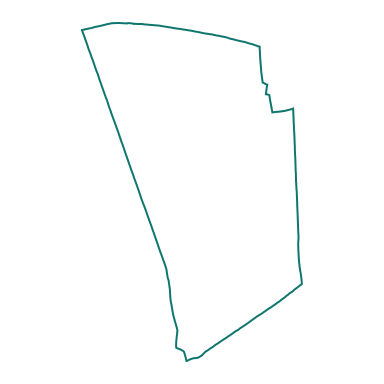 Bang Khae, Bangkok Metropolis, Thailand
{"feature_id": "78962969B64329347166789", "entity_name": "Bang Khae", "entity_type": "district", "adm_level": 2, "iso_a3": "THA", "parent_name": "Thailand", "parent_adm1": "Bangkok Metropolis", "projection": "equal_earth", "projection_center": [100.397, 13.711], "detail": "fine", "context": "isolated", "style": "outline", "palette": "teal", "viewbox_px": 384, "rotation_deg": 0, "n_neighbors": 0, "source": "geoboundaries", "source_scale": "gbopen_adm2", "svg_char_len": 5604}
<svg xmlns="http://www.w3.org/2000/svg" viewBox="0 0 384 384"><path d="M301.9,283.9L301.7,281.5L301.6,280.2L301.2,276.8L300.9,274.8L300.8,273.8L300.7,273.3L300.6,272.9L300.5,272.0L300.2,271.0L300.1,269.9L299.7,267.3L299.6,266.5L299.1,262.1L298.9,259.4L298.8,258.8L298.6,254.5L298.4,250.7L298.3,248.7L298.3,247.2L298.2,244.8L298.2,243.0L298.3,241.5L298.5,239.1L298.5,237.7L298.5,236.2L298.2,230.9L298.2,230.5L297.8,220.2L297.7,216.4L297.6,214.0L297.4,209.8L297.3,206.6L297.2,206.2L297.2,203.0L297.1,202.2L297.1,200.8L297.0,197.7L296.9,197.0L296.9,196.4L296.8,193.4L296.8,192.5L296.7,191.0L296.5,189.7L296.4,187.0L296.3,186.0L296.2,183.7L296.2,182.4L296.0,181.7L296.0,179.2L295.9,175.8L295.9,175.3L295.9,174.6L295.9,173.8L295.8,172.3L295.6,170.0L295.6,168.0L295.5,164.9L295.5,164.7L295.4,162.4L295.4,161.4L295.2,156.4L295.0,152.8L295.0,152.6L294.9,150.8L294.8,147.6L294.8,144.7L294.7,144.5L294.6,141.8L294.5,138.6L294.3,133.8L294.2,131.5L294.1,130.9L294.1,130.2L293.9,127.0L293.9,125.2L293.7,122.9L293.6,120.7L293.6,120.3L293.6,119.7L293.5,116.4L293.4,114.6L293.3,113.0L293.3,112.2L293.3,111.7L293.2,110.8L293.2,110.4L293.2,110.2L293.2,109.7L293.2,109.1L293.1,108.7L293.0,108.8L287.9,110.1L285.1,110.8L284.5,110.9L280.7,111.5L279.4,111.6L278.1,111.8L276.6,111.8L274.4,112.2L274.1,112.1L272.4,112.4L270.2,100.7L269.3,95.1L268.3,94.7L266.6,94.3L265.9,94.2L266.3,90.9L266.5,89.4L267.1,85.1L267.1,84.9L267.2,84.6L266.5,84.4L266.3,84.3L265.2,83.9L264.4,83.3L263.6,82.9L262.7,82.6L262.1,78.2L262.0,77.9L261.8,76.2L261.8,75.7L261.7,75.6L261.6,74.5L261.6,74.0L261.3,72.7L261.2,71.7L261.2,70.9L261.2,70.5L261.1,69.1L260.7,64.6L260.6,63.5L260.1,57.2L260.1,56.4L260.0,54.0L259.9,52.6L259.8,50.0L259.6,48.6L259.6,47.6L259.7,46.6L258.2,46.3L256.9,45.8L256.6,45.7L256.2,45.6L254.7,45.0L254.3,44.9L252.5,44.3L248.4,43.2L245.2,42.1L243.3,41.7L242.0,41.5L239.1,40.8L235.9,40.1L235.6,40.0L234.8,39.7L233.9,39.5L233.7,39.4L231.7,39.0L230.6,38.8L227.5,37.7L226.9,37.5L226.2,37.4L225.4,37.1L224.0,36.8L223.9,36.8L223.0,36.6L222.9,36.7L221.8,36.5L219.0,35.8L218.9,35.8L218.2,35.7L217.6,35.6L216.7,35.5L215.6,35.2L214.1,35.0L212.0,34.4L210.9,34.3L205.4,33.5L202.5,33.0L200.5,32.5L197.5,31.9L196.2,31.7L193.9,31.3L193.7,31.2L190.6,30.6L187.7,30.2L186.2,29.9L182.6,29.4L179.8,28.9L177.3,28.6L177.2,28.6L176.0,28.4L175.9,28.4L172.3,27.8L172.2,27.8L170.7,27.5L169.9,27.4L168.4,27.1L168.2,27.1L165.2,26.6L163.7,26.4L159.0,25.6L151.7,25.0L150.6,24.9L149.3,24.8L149.1,24.8L148.4,24.7L145.7,24.5L144.0,24.4L143.8,24.3L142.2,24.0L138.3,24.0L135.9,23.9L134.1,23.8L133.6,23.9L133.5,23.7L133.3,23.6L130.2,23.2L128.0,23.1L127.7,23.2L127.5,23.4L127.0,23.4L126.0,23.3L124.4,23.3L121.3,23.1L119.0,23.0L114.6,23.1L113.9,23.2L112.7,23.1L112.4,23.2L112.0,23.3L110.7,23.4L110.5,23.5L110.2,23.6L107.0,24.2L103.7,25.1L103.4,25.1L100.8,25.8L100.7,25.8L100.3,25.9L99.8,26.0L95.8,26.8L95.7,26.8L93.7,27.3L93.3,27.5L93.1,27.6L91.5,28.0L87.5,28.8L83.1,29.8L82.3,30.0L82.1,30.0L82.1,30.4L82.2,30.8L84.1,35.9L85.7,40.5L85.8,40.6L87.6,46.0L87.8,46.4L88.6,49.1L90.6,54.2L91.1,56.0L93.1,61.1L95.4,68.0L96.7,71.6L97.1,72.4L98.0,74.8L99.4,79.2L99.9,80.7L101.7,85.7L101.8,86.1L104.8,94.6L105.9,97.6L106.0,98.0L106.8,99.8L109.4,107.9L111.0,112.0L111.4,113.6L113.4,118.9L114.6,122.2L116.4,127.0L116.6,127.7L118.2,132.0L119.0,134.6L119.2,134.9L119.9,137.4L120.1,137.7L121.0,140.6L121.4,141.5L121.7,142.5L122.3,143.9L122.5,144.4L125.8,154.2L128.4,161.5L128.8,162.9L130.1,166.4L131.0,169.1L131.9,171.5L132.6,173.5L133.1,174.7L134.0,177.7L135.5,181.6L139.0,191.5L139.1,191.8L140.3,195.5L140.9,197.4L141.7,199.5L142.5,201.8L143.0,203.2L144.1,205.8L144.5,206.9L144.6,207.2L145.5,209.6L146.4,212.1L147.5,215.4L149.8,221.8L151.1,225.4L152.3,228.7L153.1,231.2L153.8,232.9L155.5,238.0L156.4,240.4L156.9,241.9L158.8,247.6L160.5,252.5L161.1,253.9L162.0,256.4L163.1,259.6L164.1,262.2L165.7,267.0L165.9,267.7L166.1,268.4L166.4,269.3L166.7,271.2L166.9,272.8L167.0,273.6L167.5,276.5L167.6,277.1L167.7,277.8L167.8,278.1L168.2,279.2L168.6,280.3L168.6,280.5L169.0,283.3L169.9,289.7L169.9,290.3L170.1,293.2L170.2,295.9L170.3,297.4L170.4,297.9L170.5,299.2L170.7,300.7L170.9,301.8L171.5,305.1L173.0,313.8L173.3,315.0L173.8,317.3L174.3,318.8L174.8,320.9L175.6,323.6L176.1,325.2L177.3,329.7L177.3,329.9L177.4,330.1L177.4,330.5L177.4,330.9L177.2,332.4L177.1,333.7L176.6,337.8L176.3,341.0L176.2,342.0L176.2,342.7L176.1,344.7L176.2,347.7L177.3,348.3L179.3,349.1L179.6,349.2L180.9,349.7L182.9,350.8L183.7,351.5L184.1,352.1L184.5,353.4L185.2,355.9L185.6,357.3L186.5,361.0L187.0,360.9L187.8,360.6L188.2,360.3L188.5,360.1L190.0,359.4L193.2,358.3L194.1,358.2L194.3,358.2L194.7,358.2L197.2,357.9L197.7,357.8L198.6,357.3L199.3,357.0L200.2,356.5L202.0,355.3L203.9,353.3L205.5,351.6L207.5,350.5L209.1,349.4L209.4,349.1L213.3,346.6L214.5,345.6L215.6,344.8L217.0,343.9L219.4,342.4L219.6,342.1L220.9,341.2L226.4,337.7L227.6,336.8L229.9,335.3L232.4,333.6L235.3,331.4L237.4,330.2L237.5,330.2L238.4,329.7L240.1,328.3L240.3,328.2L240.5,328.0L245.2,325.0L247.6,323.3L251.7,320.3L254.5,318.3L257.2,316.3L258.3,315.7L260.7,314.2L261.2,313.9L262.3,313.2L263.9,312.0L264.4,311.7L265.1,311.2L265.5,311.0L266.7,310.0L267.7,309.4L268.0,309.1L268.7,308.7L268.9,308.5L269.0,308.5L269.3,308.2L269.6,308.0L269.8,308.0L270.5,307.6L271.9,306.7L272.0,306.6L274.4,304.9L274.8,304.6L275.4,304.2L275.6,304.0L275.8,304.0L276.7,303.3L277.4,302.7L277.5,302.6L279.3,301.5L280.8,300.3L281.0,300.1L281.9,299.4L283.6,298.2L285.4,296.9L286.5,295.8L287.4,295.1L288.3,294.6L289.0,293.8L289.9,293.1L292.5,291.5L293.0,291.0L293.8,290.3L294.3,289.7L297.1,287.7L301.5,284.2L301.9,283.9Z" fill="none" stroke="#0f766e" stroke-width="2"/></svg>